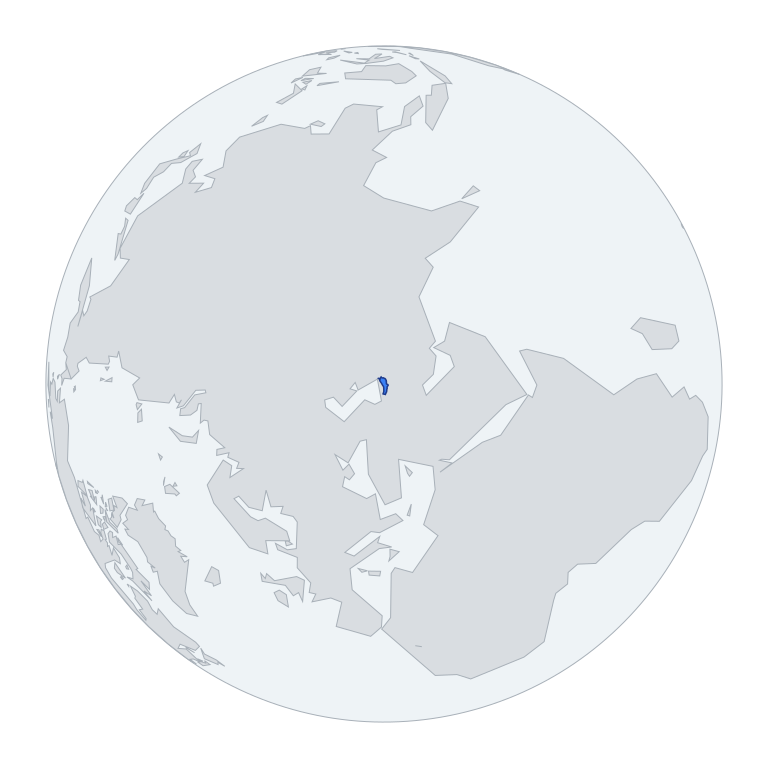 globe centered on Mazandaran, rotated 253°
{"feature_id": "IRN-3214", "entity_name": "Mazandaran", "entity_type": "Province", "adm_level": 1, "iso_a3": "IRN", "parent_name": "Iran", "parent_adm1": "", "projection": "orthographic", "projection_center": [52.513, 36.378], "detail": "fine", "context": "on_globe", "style": "filled", "palette": "blue", "viewbox_px": 768, "rotation_deg": 253, "n_neighbors": 0, "source": "natural_earth", "source_scale": "10m", "svg_char_len": 11893}
<svg xmlns="http://www.w3.org/2000/svg" viewBox="0 0 768 768"><g transform="rotate(253 384 384)"><circle cx="384" cy="384" r="338" fill="#eef3f6" stroke="#a8b0b8"/><path d="M391.6,46.2L404.5,47.8L439.2,54.5L455.1,56.7L447.8,56.8L481.2,62.3L503.2,70.0L475.3,61.5L470.0,61.0L483.5,65.7L481.0,66.3L486.1,69.3L482.0,69.9L466.0,65.9L463.0,66.5L472.7,69.9L474.6,73.4L460.9,68.1L462.9,73.9L436.5,70.2L403.1,58.9L385.3,60.6L342.5,59.8L343.3,61.8L327.6,63.9L322.6,67.2L316.1,67.0L317.8,70.0L324.7,69.7L327.7,71.1L325.5,73.4L316.7,73.1L316.6,71.9L312.9,73.1L309.5,72.1L309.9,73.8L299.6,73.8L306.3,77.3L295.2,80.2L289.3,79.3L294.5,74.9L293.9,64.8L289.6,64.0L278.2,66.6L246.9,80.0L240.2,81.7L227.7,87.2L229.2,87.9L239.6,84.0L239.3,87.4L252.0,83.1L253.7,84.2L264.8,82.5L258.1,87.8L245.5,94.4L235.9,96.4L230.1,99.7L235.1,102.4L213.3,111.8L192.1,128.4L187.0,130.8L184.4,125.7L194.8,112.9L191.4,109.7L188.4,117.4L175.7,124.6L171.5,128.5L169.2,131.9L171.9,131.5L166.5,135.6L167.5,128.6L172.4,124.8L172.1,126.8L176.8,121.2L177.4,118.1L170.9,122.8L178.0,116.1L198.8,101.4L220.6,88.2L243.3,76.8L266.8,67.1L291.0,59.1L315.7,53.1L340.8,48.9L366.1,46.6L391.6,46.2ZM403.0,46.6L404.0,46.7L398.7,46.4L398.3,46.4L403.0,46.6ZM467.0,58.7L459.5,56.7L467.7,58.6L467.0,58.7ZM487.5,69.6L490.4,70.2L491.8,71.6L487.5,69.6ZM267.8,79.8L266.3,81.1L265.0,80.7L267.8,79.8ZM274.0,77.9L273.5,76.6L276.4,75.5L276.7,76.4L274.0,77.9ZM486.8,74.0L488.2,76.5L484.0,73.2L486.8,74.0ZM273.9,80.0L281.6,73.9L286.7,72.3L291.8,74.4L273.9,80.0ZM487.1,77.5L490.6,84.4L497.4,85.9L480.3,86.3L483.0,79.8L476.8,75.3L483.4,77.7L487.1,77.5ZM327.9,68.7L320.4,69.1L328.8,66.9L327.9,68.7ZM332.5,67.0L353.7,59.7L363.6,60.8L354.5,62.7L369.0,63.1L363.3,67.2L354.1,67.9L348.8,66.2L350.7,69.2L332.5,67.0ZM470.2,85.8L468.7,87.2L467.2,85.1L470.2,85.8ZM329.6,71.6L333.0,69.7L341.8,70.4L336.6,74.3L335.4,72.8L329.6,71.6ZM375.5,61.5L381.1,63.1L378.1,66.7L379.9,67.9L364.1,67.4L375.5,61.5ZM332.3,73.7L333.7,76.3L327.5,78.1L326.9,73.5L332.3,73.7ZM346.3,69.1L350.2,69.8L346.3,70.6L346.3,69.1ZM306.2,87.0L310.1,84.2L315.0,84.3L306.2,87.0ZM334.7,77.2L336.8,76.6L339.2,76.5L338.8,78.6L334.7,77.2ZM363.0,70.2L360.6,71.6L369.4,70.6L367.5,73.7L357.2,72.9L360.8,74.6L360.3,75.6L352.6,74.0L363.0,70.2ZM345.6,80.5L332.0,81.4L323.7,86.2L319.0,86.2L333.2,78.5L345.6,80.5ZM350.4,76.7L346.4,78.9L342.7,77.5L343.1,75.1L350.4,76.7ZM369.8,76.2L375.4,71.6L377.5,71.9L369.8,76.2ZM343.9,82.1L347.3,81.9L343.8,82.6L343.9,82.1ZM362.7,78.2L364.4,76.4L366.7,76.8L362.7,78.2ZM352.5,83.2L348.1,83.3L348.3,81.6L352.5,83.2ZM357.8,81.1L360.5,82.2L351.0,80.8L358.2,80.2L357.8,81.1ZM364.6,78.9L366.5,78.6L363.6,79.6L364.6,78.9ZM354.5,90.2L342.4,88.9L342.8,84.8L354.4,86.5L354.5,90.2ZM81.9,438.0L76.6,380.7L84.8,368.8L90.3,347.8L150.3,310.1L158.6,322.0L200.8,335.5L205.2,340.8L195.4,356.2L223.2,391.3L237.9,380.8L267.9,402.0L290.9,406.8L307.7,375.9L270.0,367.4L268.2,349.7L302.3,342.7L335.9,350.9L336.3,344.4L319.1,326.6L330.9,316.5L313.6,319.5L317.6,327.1L306.8,329.6L302.5,322.9L306.9,319.3L297.9,314.3L279.5,333.9L281.5,343.7L255.5,340.8L256.5,357.3L247.9,362.2L243.1,336.3L246.7,328.4L234.4,297.3L228.2,305.1L239.5,335.4L234.1,331.5L225.9,343.7L228.0,331.3L217.3,297.5L196.5,293.4L162.9,314.5L152.3,310.5L146.6,297.5L166.1,267.4L187.7,279.8L194.9,270.6L196.7,251.5L203.1,257.4L206.5,251.5L215.2,255.8L233.6,247.3L243.5,250.4L256.6,233.9L263.4,233.6L253.7,243.1L252.2,252.0L277.4,260.7L283.9,258.4L290.4,247.4L296.5,251.7L299.6,240.0L317.0,240.2L298.4,230.5L305.6,218.7L319.2,212.3L318.2,207.0L296.0,217.6L290.1,223.6L290.4,231.3L271.6,247.9L261.6,248.0L268.8,225.1L255.5,223.3L266.9,207.4L319.9,186.4L339.1,185.4L358.3,208.0L350.4,214.5L339.6,209.3L344.2,224.9L346.4,218.4L351.5,222.4L359.6,213.2L363.6,215.7L364.6,203.1L370.3,205.1L369.6,213.1L386.6,202.5L400.2,204.8L402.1,201.3L400.3,196.9L418.8,203.5L419.3,200.7L413.5,197.4L410.9,189.9L413.5,179.5L419.8,182.3L419.7,186.4L428.9,199.8L427.7,211.1L430.5,211.3L433.0,202.2L421.8,185.8L421.6,178.9L428.1,185.7L425.7,182.7L427.6,180.2L435.3,180.5L428.7,172.8L440.6,144.6L456.7,143.5L461.2,152.1L476.1,138.2L493.1,139.9L487.7,136.6L491.2,128.9L485.9,128.2L483.6,126.1L490.2,108.3L496.6,107.0L493.3,97.4L490.6,95.9L485.6,96.2L480.3,86.3L497.4,85.9L502.8,89.0L509.9,87.4L521.3,95.3L534.0,101.7L542.3,112.6L551.6,117.4L553.3,116.3L567.2,122.8L590.0,141.4L564.1,131.0L528.5,108.0L542.4,117.3L537.0,116.9L540.6,121.5L550.7,128.5L553.2,128.1L557.8,151.3L577.5,176.8L581.5,168.7L590.9,171.3L616.8,197.6L635.0,249.8L647.6,257.3L653.0,265.7L652.0,276.0L644.2,263.9L637.2,264.3L632.9,256.4L628.8,270.2L622.5,259.6L622.3,276.4L629.8,282.3L635.8,273.4L638.4,293.5L653.1,301.1L662.3,318.1L662.5,361.5L651.6,382.9L652.5,389.2L644.3,387.4L639.2,404.6L659.1,427.5L660.6,436.8L649.6,463.6L648.3,457.2L626.7,452.4L626.8,476.0L643.3,484.8L649.2,502.0L638.3,502.6L631.8,487.7L624.1,485.5L623.3,465.9L611.2,441.2L599.9,452.7L598.0,440.9L579.7,422.5L561.9,438.1L535.6,480.0L536.7,510.2L525.6,526.2L500.5,488.9L492.2,460.2L481.3,465.2L457.1,442.9L409.9,445.7L404.9,437.8L395.6,442.0L378.8,434.0L371.8,420.5L360.8,421.1L380.1,456.3L392.0,455.7L404.3,442.2L407.3,454.5L423.7,464.6L399.6,494.6L332.2,517.6L328.6,494.5L292.4,424.4L295.2,417.2L295.1,416.3L294.9,414.7L288.6,426.0L283.3,411.8L299.5,461.0L300.9,480.6L331.3,518.9L327.7,522.0L338.3,529.9L375.9,523.3L375.5,530.7L356.0,563.2L306.5,600.6L314.8,627.4L314.2,647.5L287.2,655.7L293.5,670.1L280.2,671.8L282.0,678.8L273.5,683.2L257.9,684.4L227.0,674.0L222.0,667.7L201.7,649.8L172.2,607.2L176.6,593.3L172.5,577.9L150.5,534.1L155.1,516.5L150.0,505.0L139.1,501.1L133.6,487.1L127.4,482.9L90.8,461.8L81.9,438.0ZM124.6,337.4L121.8,343.2L121.8,343.3L124.6,337.4ZM368.5,376.6L390.6,379.1L385.8,357.5L393.9,356.9L389.3,350.1L385.3,356.0L374.8,337.4L386.2,331.8L386.1,322.6L378.7,321.4L359.6,334.9L374.5,361.0L367.2,369.3L368.5,376.6ZM175.7,125.0L175.4,125.7L172.2,129.5L171.8,128.7L175.7,125.0ZM169.2,142.9L160.6,149.2L166.4,143.8L164.2,143.3L173.8,131.9L185.0,131.5L178.2,133.4L169.2,142.9ZM189.8,117.8L182.4,124.3L190.0,117.3L189.8,117.8ZM216.6,217.9L217.5,223.6L211.1,229.0L198.7,227.4L207.8,219.3L216.6,217.9ZM220.3,230.8L230.9,209.8L239.0,210.8L232.7,213.6L237.0,216.3L227.9,221.8L225.4,244.1L219.6,250.5L199.8,242.6L209.5,241.3L208.0,235.4L220.3,230.8ZM243.5,162.1L248.1,155.1L259.7,165.8L254.0,171.3L241.3,169.4L240.5,161.9L243.5,162.1ZM281.5,85.7L282.5,83.8L284.9,83.6L286.0,85.2L281.5,85.7ZM307.6,85.7L279.5,94.6L279.2,92.7L263.0,101.3L256.1,99.7L266.8,94.0L249.4,99.7L256.3,93.9L244.5,98.7L269.1,86.1L274.6,81.8L271.1,87.0L277.3,88.5L281.7,87.8L298.1,83.0L313.0,75.3L321.5,76.3L323.6,79.0L321.3,81.0L316.5,79.6L316.9,83.3L308.2,82.9L307.6,85.7ZM343.0,121.4L338.4,117.1L337.7,128.0L329.0,126.2L329.5,127.6L321.2,129.1L312.1,133.6L308.8,131.9L306.6,134.5L301.1,135.9L297.1,139.0L289.8,137.3L284.2,141.0L283.9,138.1L276.3,145.3L278.7,139.3L271.8,141.1L273.1,145.9L243.8,133.1L229.6,133.7L216.4,137.9L222.3,128.1L238.4,118.5L258.4,111.2L271.2,112.5L271.5,108.3L277.8,107.9L274.9,111.4L283.0,105.9L287.4,106.6L305.2,102.5L314.2,95.1L321.0,93.8L319.6,97.1L327.2,93.5L329.2,99.1L334.0,98.5L340.8,103.8L335.4,111.2L341.2,110.0L346.6,114.5L343.0,121.4ZM356.1,91.8L351.5,100.2L344.5,103.6L335.6,93.1L331.0,92.9L325.0,87.1L335.3,82.5L336.1,84.5L339.2,85.4L334.7,86.5L340.7,86.4L341.9,89.3L346.8,90.1L344.0,92.5L356.1,91.8ZM213.3,336.9L217.3,339.4L224.3,341.4L219.2,349.5L213.3,336.9ZM205.6,313.9L209.6,314.5L205.9,326.0L201.7,323.8L205.6,313.9ZM215.1,305.4L210.2,313.6L210.4,307.8L215.1,305.4ZM257.8,243.3L262.5,243.6L261.8,246.4L257.7,249.6L257.8,243.3ZM339.3,156.4L337.8,152.7L340.0,151.8L343.3,143.1L350.1,144.2L350.7,149.9L339.3,156.4ZM299.5,380.3L291.0,385.2L288.3,381.4L291.7,380.4L299.5,380.3ZM251.8,367.8L261.2,375.0L250.3,370.0L251.8,367.8ZM347.2,156.2L347.9,152.3L350.9,155.3L347.2,156.2ZM355.2,144.7L359.2,147.4L351.3,143.4L355.2,144.7ZM447.1,715.2L450.7,715.0L445.0,716.0L447.1,715.2ZM372.4,648.7L355.1,679.6L338.9,678.6L333.6,669.5L338.5,650.5L356.6,645.8L364.9,636.4L372.4,648.7ZM689.5,508.1L693.2,504.2L692.8,505.6L689.5,508.1ZM685.9,509.1L690.6,503.8L684.5,512.8L685.9,509.1ZM692.3,501.7L697.1,493.5L699.1,488.9L698.4,491.9L692.3,501.7ZM682.4,513.0L660.8,532.5L651.4,536.6L654.3,530.4L669.5,519.4L682.4,513.0ZM653.5,530.9L638.3,528.9L612.5,504.5L621.8,500.3L647.8,508.7L646.3,513.7L655.6,517.3L653.5,530.9ZM687.7,478.7L686.0,491.8L674.8,501.9L669.3,504.9L665.6,492.8L667.7,483.1L672.5,479.4L687.1,436.5L692.9,437.4L689.3,453.9L693.8,459.7L687.7,478.7ZM538.4,512.5L547.4,527.3L540.9,532.0L538.4,512.5ZM690.2,410.6L686.2,429.3L688.9,407.1L690.2,410.6ZM690.2,391.7L691.8,397.5L688.3,394.3L690.2,391.7ZM655.0,398.0L650.1,403.5L648.6,399.2L654.0,389.6L655.0,398.0ZM669.2,332.7L674.2,345.8L675.0,351.1L670.4,345.3L669.2,332.7ZM405.7,165.7L393.5,176.0L389.2,185.3L393.8,193.1L382.1,187.1L388.7,172.6L405.7,165.7ZM435.7,146.6L431.6,140.7L436.7,140.9L438.4,142.3L435.7,146.6ZM430.8,144.7L419.4,142.0L419.3,137.2L428.3,140.2L430.8,144.7ZM383.1,147.9L379.0,150.7L376.6,148.1L383.1,147.9ZM640.5,604.0L648.9,591.5L650.8,589.7L657.7,577.2L679.7,545.3L697.5,507.1L702.2,497.5L710.4,471.2L711.5,467.1L704.2,492.0L695.0,516.2L683.9,539.7L671.1,562.2L656.6,583.7L640.5,604.0ZM698.3,496.8L704.4,480.4L706.6,475.6L698.3,496.8ZM719.1,427.3L719.3,425.5L716.4,436.6L715.8,433.9L717.7,425.2L714.5,430.1L718.2,417.4L718.8,424.6L720.4,409.8L721.4,402.4L719.1,427.3ZM716.4,442.2L716.8,440.5L716.0,445.4L716.4,442.2ZM709.1,452.4L708.7,455.9L707.5,456.0L709.1,452.4ZM710.9,447.2L714.2,442.8L710.4,450.6L710.9,447.2ZM696.6,459.0L698.1,464.4L703.2,452.7L699.3,464.8L701.8,472.4L700.2,478.6L698.0,470.0L695.7,485.2L693.3,487.9L692.9,477.9L695.8,460.6L698.0,451.6L706.6,436.8L696.6,459.0ZM711.2,438.2L710.2,431.4L710.8,424.1L712.1,426.5L711.2,438.2ZM705.4,416.3L700.7,411.2L697.8,419.9L702.3,396.0L706.3,404.7L705.4,416.3ZM699.3,398.1L696.7,406.1L698.4,393.2L699.3,398.1ZM695.3,403.8L693.5,397.0L696.3,394.6L695.3,403.8ZM700.9,396.1L699.0,383.1L701.6,388.5L700.9,396.1ZM688.5,382.4L696.9,386.8L688.4,391.4L681.5,368.2L684.7,363.6L688.5,382.4ZM664.5,264.8L660.0,259.3L661.0,254.0L663.8,259.3L664.5,264.8ZM660.1,233.9L659.8,250.9L658.9,265.6L662.2,265.8L667.4,279.0L659.1,272.6L655.2,254.3L657.1,245.3L651.4,235.2L649.1,224.2L640.4,214.1L637.5,207.2L645.9,213.8L660.1,233.9ZM636.6,210.2L620.6,191.1L625.2,186.7L629.7,189.8L635.1,200.2L632.4,201.9L636.6,210.2ZM618.1,185.4L615.3,187.1L585.9,167.6L580.9,162.6L605.6,173.8L604.3,176.2L610.7,182.1L618.1,185.4ZM472.3,88.2L469.0,87.3L472.0,87.0L472.3,88.2ZM480.6,126.0L477.9,123.1L481.6,122.4L480.6,126.0ZM472.6,115.1L470.3,117.8L470.1,113.7L472.6,115.1ZM465.7,124.3L468.2,118.3L469.6,125.8L465.7,124.3Z" fill="#d9dde1" stroke="#a8b0b8" stroke-width="1"/><path d="M374.9,380.3L375.1,380.5L375.3,380.5L375.5,380.7L376.2,381.2L376.9,381.6L377.3,381.8L378.6,382.1L379.4,382.4L380.3,382.5L381.1,382.8L382.0,382.7L382.8,382.4L383.6,382.2L384.5,382.0L385.3,381.9L386.1,381.6L386.8,381.4L388.4,381.0L388.6,381.0L390.5,380.8L390.8,380.8L391.0,380.6L391.0,380.8L390.8,380.9L390.4,380.9L390.2,381.0L389.9,381.0L389.7,381.1L389.4,381.0L389.2,381.0L389.3,381.1L389.4,381.3L389.6,381.4L389.6,381.5L389.9,381.9L390.9,382.5L391.4,383.0L391.6,383.3L391.1,383.5L390.8,383.7L390.4,384.1L390.2,384.4L390.1,384.7L390.1,385.2L389.9,385.4L389.4,385.9L389.3,386.0L389.2,386.2L389.1,386.4L388.9,386.5L388.6,386.7L388.2,386.9L387.8,386.8L387.6,386.9L387.3,387.1L387.0,387.1L386.6,387.2L386.1,386.9L385.9,386.9L385.7,387.0L385.4,387.0L385.1,386.9L384.5,386.6L384.1,386.6L383.8,386.4L383.5,386.4L383.0,386.7L382.4,387.5L382.1,387.6L381.7,387.6L381.4,387.5L381.3,387.4L381.1,387.2L380.9,386.7L380.4,386.2L379.7,385.9L379.0,385.8L378.5,385.5L378.2,385.1L377.4,385.0L377.2,384.9L377.0,384.7L376.9,384.6L376.6,384.4L375.9,384.3L375.9,384.2L375.1,383.4L374.8,383.3L373.6,382.2L373.8,382.0L374.1,381.5L374.2,381.0L374.4,380.8L374.7,380.7L374.8,380.5L374.9,380.3L374.9,380.3Z" fill="#3b82f6" stroke="#1e3a8a" stroke-width="1.5"/></g></svg>